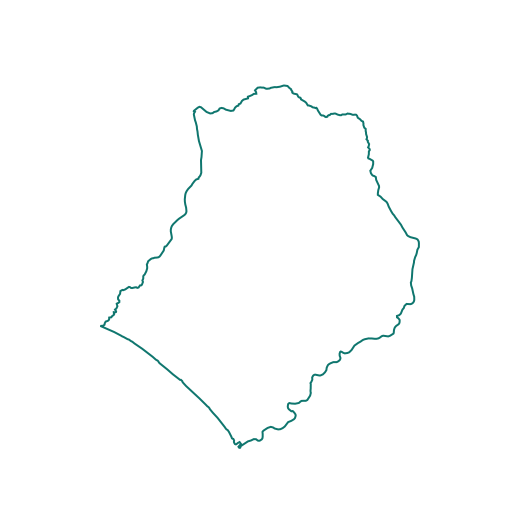 outline of Uatucarbau, Viqueque, East Timor, rotated 53°
{"feature_id": "22284137B52677210689185", "entity_name": "Uatucarbau", "entity_type": "district", "adm_level": 2, "iso_a3": "TLS", "parent_name": "East Timor", "parent_adm1": "Viqueque", "projection": "mercator", "projection_center": [126.683, -8.704], "detail": "fine", "context": "isolated", "style": "outline", "palette": "teal", "viewbox_px": 512, "rotation_deg": 53, "n_neighbors": 0, "source": "geoboundaries", "source_scale": "gbopen_adm2", "svg_char_len": 6126}
<svg xmlns="http://www.w3.org/2000/svg" viewBox="0 0 512 512"><g transform="rotate(53 256 256)"><path d="M102.7,218.2L102.9,218.5L104.1,218.0L104.7,219.6L105.6,220.5L110.9,223.0L113.1,223.7L116.9,225.3L119.1,226.7L121.4,227.8L124.2,229.5L129.9,232.4L139.6,236.0L144.2,240.0L146.3,242.2L156.6,249.6L158.0,251.6L158.6,253.1L158.8,254.5L159.7,255.5L158.9,257.6L159.1,259.8L160.1,263.3L160.9,265.1L161.6,269.7L162.0,271.0L162.6,272.7L163.6,274.5L164.7,275.8L167.8,278.7L169.8,280.1L172.2,281.4L175.3,282.7L178.4,284.6L179.4,285.7L180.0,287.1L180.2,288.5L179.9,295.0L180.0,297.1L180.7,302.7L181.4,305.1L182.3,306.6L183.6,308.1L185.0,309.2L189.6,311.5L190.9,312.3L191.7,313.2L194.0,321.0L194.1,322.4L193.6,323.3L194.1,324.1L196.1,326.4L198.1,332.1L198.4,333.4L198.3,334.7L197.6,336.1L196.3,338.1L196.0,339.3L195.4,340.3L195.1,341.8L195.3,345.3L196.6,347.2L197.0,348.2L199.3,349.5L200.4,350.4L202.2,352.8L203.8,356.1L203.9,357.3L204.3,358.2L205.9,359.4L206.5,360.1L207.1,361.4L208.7,361.9L210.2,364.3L210.4,365.2L209.7,366.3L210.5,368.8L210.0,370.0L208.9,370.5L208.3,371.4L207.0,374.3L206.2,375.1L205.0,375.4L204.2,376.1L204.0,380.5L203.4,382.6L202.7,383.1L202.4,385.4L204.4,387.3L205.3,389.9L205.9,391.0L207.4,392.1L208.3,392.2L209.4,392.0L210.6,392.9L210.6,394.4L210.3,395.2L210.3,396.0L212.7,396.9L213.8,398.9L214.0,399.9L213.9,400.8L215.1,401.0L216.0,401.0L216.5,401.6L216.2,402.6L215.3,403.4L216.0,403.9L217.1,404.3L217.5,405.3L217.4,406.5L217.5,407.5L217.9,408.4L216.8,410.3L218.1,411.3L218.6,412.3L218.6,413.5L217.9,415.5L218.7,417.3L219.7,418.3L219.7,420.0L218.2,422.4L231.4,415.0L238.2,411.8L240.0,411.1L240.7,410.6L245.2,408.6L246.2,407.8L248.6,407.1L249.5,406.7L249.9,406.4L252.7,405.7L261.6,402.7L274.3,399.2L278.3,398.4L279.5,398.0L280.0,397.6L281.3,397.4L282.5,397.6L283.7,397.5L293.2,395.1L300.4,393.6L309.2,391.2L309.7,390.5L311.5,390.2L312.4,390.5L313.5,390.5L317.8,390.1L335.6,386.9L344.4,385.6L346.9,385.3L347.9,384.9L349.3,384.8L350.7,385.0L355.2,384.8L362.1,384.1L373.9,383.9L375.6,384.0L376.8,383.9L377.9,383.4L378.8,383.4L380.4,383.5L385.4,384.4L387.1,384.9L387.6,384.8L388.4,384.2L389.2,384.3L390.3,384.6L391.1,385.5L391.9,385.8L393.5,386.0L394.3,385.5L394.5,385.0L394.4,383.0L394.7,381.1L397.7,381.1L397.3,382.5L397.8,384.8L398.8,384.9L399.5,384.4L399.6,384.0L399.3,383.5L398.4,382.3L398.4,382.1L398.7,381.9L399.2,374.0L400.3,371.1L400.9,368.0L402.4,366.2L404.4,365.7L405.4,364.8L405.8,363.8L405.9,361.7L405.4,360.5L404.3,359.4L402.2,357.8L400.4,356.7L400.1,355.9L400.0,354.6L400.3,350.2L401.3,347.1L402.1,346.4L403.5,345.4L404.9,345.0L406.8,343.5L407.9,342.6L409.0,340.7L409.5,338.3L409.5,335.7L408.0,330.3L408.9,327.0L409.2,323.9L408.9,322.5L408.1,321.3L407.4,320.4L406.3,319.8L404.0,319.7L401.9,320.0L401.3,321.2L398.1,322.0L396.6,321.9L395.3,321.2L394.1,320.0L393.5,319.2L393.5,317.9L395.2,316.4L397.5,313.7L398.9,310.8L399.2,309.8L399.0,308.5L399.1,306.9L399.6,306.1L401.6,303.4L401.9,301.7L400.1,296.8L398.3,294.6L397.5,294.3L396.2,293.4L394.9,292.2L391.2,289.3L390.3,289.0L389.9,287.7L388.7,285.5L386.8,284.2L386.1,282.8L385.9,281.9L386.0,280.9L386.4,280.1L389.6,277.3L390.2,276.4L390.8,273.8L390.4,270.9L389.5,268.5L387.8,266.8L387.0,265.4L386.4,264.1L386.3,262.9L386.5,261.1L387.3,258.1L389.3,255.5L389.6,254.0L389.6,252.5L389.4,251.4L388.7,250.3L388.0,249.8L386.0,249.2L384.4,248.1L383.3,246.6L383.3,245.8L384.2,245.2L385.8,244.6L387.2,243.7L388.5,241.3L389.0,239.5L388.6,236.3L386.8,231.3L386.9,226.9L387.3,223.9L387.3,222.6L387.4,221.0L387.9,219.3L389.5,215.8L391.5,213.2L393.4,211.2L394.6,209.7L395.5,207.7L395.7,206.1L395.7,203.9L396.2,202.4L399.8,198.8L400.4,196.8L400.7,192.9L400.2,192.2L398.1,190.3L397.0,188.8L396.5,187.7L396.2,186.0L396.3,183.5L396.1,182.3L395.3,181.2L394.0,180.1L393.2,179.7L391.3,179.8L389.9,180.3L388.7,179.5L389.4,177.4L389.3,175.6L389.0,174.7L386.9,171.2L386.6,169.5L385.2,167.4L384.9,164.6L387.3,161.8L387.7,160.9L387.9,159.7L387.8,158.7L387.4,157.4L386.4,156.1L383.8,154.2L381.1,153.2L375.9,150.8L372.9,149.8L370.4,148.3L369.6,147.0L367.3,144.7L360.7,139.0L356.2,133.7L355.0,132.7L352.7,129.6L351.6,127.5L350.5,126.0L348.1,123.3L346.9,120.6L344.1,118.4L342.5,117.4L340.9,117.1L339.8,117.1L338.2,117.9L333.8,121.4L331.6,122.5L330.3,122.8L327.2,122.3L321.3,121.9L318.3,121.4L308.5,121.4L306.8,121.2L304.5,121.4L301.5,121.1L296.5,120.3L293.4,119.4L291.6,119.2L290.2,119.5L286.8,120.5L283.6,120.8L280.5,121.9L279.2,120.9L277.0,118.7L275.3,116.4L274.1,115.6L267.5,114.2L265.1,112.8L263.4,113.4L262.3,114.2L261.2,114.5L259.1,114.4L256.7,113.4L255.6,110.2L253.1,107.1L251.0,105.5L250.2,105.4L249.4,105.7L246.6,106.9L245.8,107.5L244.9,107.4L242.7,104.7L240.4,102.9L239.8,101.3L238.9,100.9L236.7,101.1L236.2,100.0L234.7,98.3L232.0,98.0L231.3,97.3L229.2,97.5L228.7,96.5L227.8,95.7L224.9,94.7L223.4,93.7L222.2,93.2L220.5,91.9L218.7,92.3L216.0,91.4L215.1,90.6L213.1,89.6L211.6,90.4L209.4,90.6L206.8,91.5L204.9,90.9L203.5,91.0L202.7,91.8L202.1,92.9L201.3,93.9L199.5,95.0L198.7,95.7L198.3,96.3L197.4,97.0L196.9,99.3L194.9,101.9L194.8,103.3L194.0,104.3L192.2,105.7L190.1,106.8L189.2,107.9L188.9,108.8L187.6,110.6L187.8,112.4L187.3,113.1L187.2,114.4L187.7,115.2L187.2,116.5L186.5,117.0L185.5,117.1L184.1,117.9L183.3,119.0L182.1,119.4L177.1,119.0L175.0,118.5L174.0,118.6L173.7,119.5L172.8,119.9L171.6,121.1L170.9,121.5L170.0,121.6L167.6,123.2L166.9,124.0L163.8,123.7L162.0,124.1L158.0,125.8L157.2,125.4L156.3,125.3L155.6,126.0L154.1,126.4L151.8,125.9L151.1,126.3L149.2,128.0L148.3,128.5L147.3,128.7L146.6,128.0L144.8,128.0L144.0,127.6L141.9,128.2L139.2,128.5L136.8,130.9L136.4,131.6L135.3,134.8L133.7,137.8L132.2,139.7L130.6,143.0L130.4,144.3L129.7,145.5L129.0,146.7L128.0,147.6L127.0,148.0L126.1,148.6L125.1,149.9L123.9,151.1L122.6,153.4L123.1,157.1L125.2,157.3L126.6,158.1L125.2,160.2L125.1,162.3L124.5,164.8L123.9,166.6L125.3,167.5L123.6,171.8L123.7,173.9L124.9,176.7L124.4,178.4L125.3,179.6L124.7,181.3L124.9,183.4L125.8,185.3L126.2,186.5L125.0,188.8L121.0,192.0L118.6,193.0L117.0,194.4L116.3,196.3L117.1,198.3L116.8,200.5L115.8,202.8L115.8,204.7L114.6,206.8L111.2,208.8L104.1,210.4L102.8,211.4L102.5,213.3L102.7,218.2Z" fill="none" stroke="#0f766e" stroke-width="2"/></g></svg>